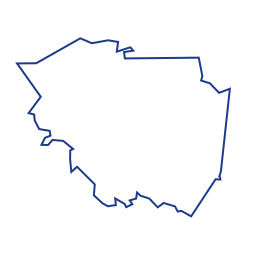 Fayette, West Virginia, United States of America, rotated 175°
{"feature_id": "52423323B52467721983842", "entity_name": "Fayette", "entity_type": "district", "adm_level": 2, "iso_a3": "USA", "parent_name": "United States of America", "parent_adm1": "West Virginia", "projection": "albers", "projection_center": [-81.045, 38.041], "detail": "fine", "context": "isolated", "style": "outline", "palette": "blue", "viewbox_px": 256, "rotation_deg": 175, "n_neighbors": 0, "source": "geoboundaries", "source_scale": "gbopen_adm2", "svg_char_len": 851}
<svg xmlns="http://www.w3.org/2000/svg" viewBox="0 0 256 256"><g transform="rotate(175 128 128)"><path d="M72.8,34.5L45.2,69.3L40.5,68.6L40.6,70.8L41.3,71.9L40.2,74.0L39.1,77.4L23.1,158.2L34.2,155.1L42.5,165.4L51.0,168.9L49.4,173.3L51.4,191.9L125.1,197.6L125.3,204.0L116.0,204.6L118.7,208.2L132.5,205.0L130.4,214.6L140.2,217.1L156.7,215.6L167.7,221.5L213.8,200.5L232.9,202.0L212.2,166.7L225.7,151.5L220.3,149.6L220.3,143.7L216.6,134.7L206.3,132.0L205.9,127.1L211.5,125.5L215.7,118.8L209.2,118.0L204.2,122.7L193.7,120.8L184.5,111.9L187.5,110.7L188.4,101.8L188.3,89.2L182.1,93.8L166.0,74.7L167.9,63.9L159.7,55.0L154.8,51.8L146.8,52.3L146.9,58.9L137.9,52.6L136.7,49.3L130.3,51.7L132.6,55.7L126.1,57.0L124.6,62.9L121.5,59.5L112.9,55.8L105.3,46.4L99.0,50.2L88.0,45.8L85.8,40.5L81.9,40.7L72.8,34.5Z" fill="none" stroke="#1e3a8a" stroke-width="2"/></g></svg>